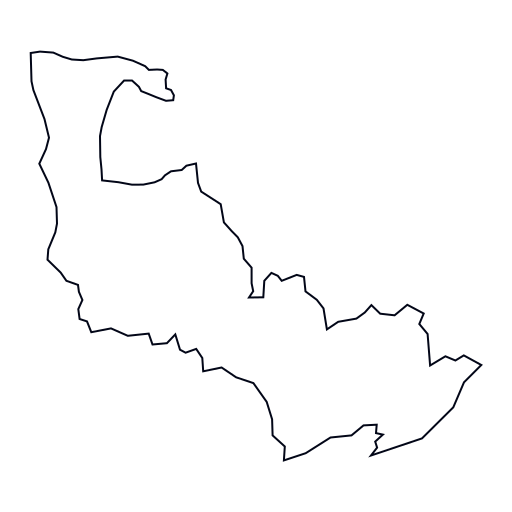 Kegeyli, Karakalpakstan, Uzbekistan (Robinson projection)
{"feature_id": "79887680B60420038747049", "entity_name": "Kegeyli", "entity_type": "district", "adm_level": 2, "iso_a3": "UZB", "parent_name": "Uzbekistan", "parent_adm1": "Karakalpakstan", "projection": "robinson", "projection_center": [59.462, 42.861], "detail": "fine", "context": "isolated", "style": "outline", "palette": "ink", "viewbox_px": 512, "rotation_deg": 0, "n_neighbors": 0, "source": "geoboundaries", "source_scale": "gbopen_adm2", "svg_char_len": 1692}
<svg xmlns="http://www.w3.org/2000/svg" viewBox="0 0 512 512"><path d="M407.3,304.8L394.6,315.3L380.2,313.7L371.4,305.1L364.8,312.5L356.4,318.6L338.2,321.8L326.9,329.4L323.5,308.4L316.8,299.8L305.5,291.4L304.0,276.9L296.7,274.9L281.7,280.8L277.8,275.8L271.4,272.9L264.3,280.8L263.3,297.3L249.0,297.5L253.2,291.2L251.6,283.3L251.6,267.7L243.8,258.7L242.5,246.1L237.8,237.3L231.7,231.1L223.9,222.4L220.7,204.2L201.2,191.6L198.0,182.9L196.0,163.5L186.4,165.7L181.7,170.0L171.0,171.3L165.0,175.3L161.6,179.2L154.6,182.3L143.3,184.6L132.1,184.7L118.4,182.2L102.1,180.4L101.5,169.4L100.3,157.1L100.0,136.1L101.7,127.0L106.7,109.8L113.8,91.6L124.1,80.5L132.0,80.5L138.9,86.8L141.2,91.1L148.0,93.8L156.3,97.2L166.0,100.8L173.2,100.2L173.9,95.3L171.0,90.0L166.1,88.3L165.6,79.5L167.4,73.5L162.8,69.9L157.1,69.5L148.9,69.9L145.2,66.2L132.9,60.7L117.7,56.6L96.8,58.4L83.3,60.2L71.8,59.5L62.8,56.8L53.3,52.6L40.0,51.6L30.7,53.0L31.5,81.3L33.4,90.1L44.5,119.1L49.0,137.7L46.0,149.1L39.3,163.7L48.4,182.7L56.5,207.1L57.0,223.6L55.3,232.4L48.3,249.3L47.5,259.7L60.7,272.6L66.4,280.8L78.0,284.9L78.9,291.8L82.4,300.0L78.3,309.1L79.6,319.0L87.0,321.4L91.3,332.2L111.0,328.4L127.8,335.8L148.7,333.6L152.5,344.5L166.9,343.2L175.3,334.4L180.0,349.7L185.6,352.7L196.2,348.9L202.3,358.0L203.2,371.3L221.6,367.5L236.1,377.3L253.4,383.1L266.7,401.9L272.1,419.3L272.6,435.4L284.8,446.5L283.9,460.4L305.7,453.2L330.5,437.5L351.5,435.4L363.5,425.4L376.7,424.7L376.0,433.1L382.9,434.6L375.2,441.6L377.1,447.6L371.0,455.5L422.0,438.4L453.3,407.3L464.0,382.3L481.3,365.0L463.8,355.4L455.4,360.5L445.4,356.3L430.1,365.5L427.6,334.0L419.3,324.0L423.7,313.5L407.3,304.8Z" fill="none" stroke="#020617" stroke-width="2"/></svg>